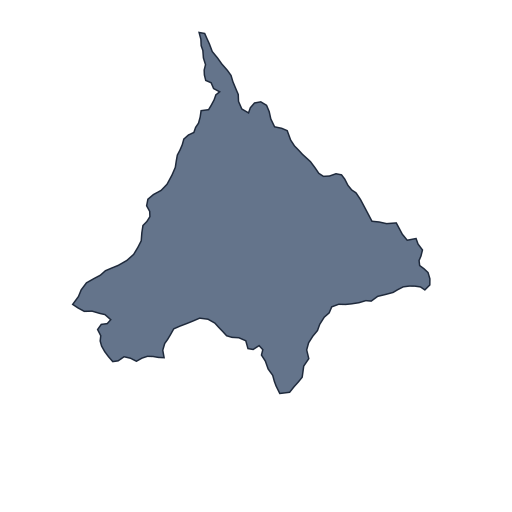 the district of Central de Minas, Minas Gerais, Brazil, rotated 301°
{"feature_id": "56859067B63784148066349", "entity_name": "Central de Minas", "entity_type": "district", "adm_level": 2, "iso_a3": "BRA", "parent_name": "Brazil", "parent_adm1": "Minas Gerais", "projection": "mercator", "projection_center": [-41.293, -18.775], "detail": "fine", "context": "isolated", "style": "filled", "palette": "slate", "viewbox_px": 512, "rotation_deg": 301, "n_neighbors": 0, "source": "geoboundaries", "source_scale": "gbopen_adm2", "svg_char_len": 2455}
<svg xmlns="http://www.w3.org/2000/svg" viewBox="0 0 512 512"><g transform="rotate(301 256 256)"><path d="M367.6,292.5L369.6,287.5L367.7,282.2L362.4,277.8L359.0,272.8L359.2,267.2L361.9,261.4L364.9,254.1L367.1,243.3L368.7,237.9L370.1,232.4L373.2,226.0L379.5,218.2L378.7,212.3L376.3,205.4L381.1,198.1L386.6,192.9L390.6,187.4L390.6,180.7L386.4,175.9L380.2,174.8L374.8,175.9L374.7,168.1L379.5,161.4L385.3,157.6L389.0,152.5L393.5,146.4L397.9,141.6L400.4,135.8L403.0,127.7L405.9,121.1L408.7,113.2L413.7,106.9L417.2,101.8L420.3,97.4L418.3,92.1L413.3,97.2L408.0,100.7L404.8,104.6L398.7,108.9L394.0,114.2L388.7,115.8L384.6,118.5L380.6,122.5L381.4,128.3L377.7,133.4L378.0,140.3L373.5,138.6L368.2,139.7L362.1,140.0L357.0,140.0L352.3,134.1L346.3,136.6L340.3,138.3L335.2,138.0L329.9,139.1L325.0,135.8L319.1,133.9L313.4,135.5L307.5,136.3L302.0,136.6L296.7,138.6L290.4,141.2L282.2,142.3L271.7,142.8L263.4,140.9L255.8,136.4L249.0,134.1L242.7,136.4L239.5,141.9L235.1,144.8L229.4,144.7L223.9,143.4L217.1,146.2L209.9,149.8L202.6,150.3L194.4,150.3L185.7,147.6L177.1,142.8L171.2,138.4L165.8,134.5L159.4,132.5L153.3,128.8L145.7,124.5L137.0,123.6L129.8,124.7L120.1,123.8L119.8,130.2L120.1,137.3L124.3,143.9L126.4,151.9L128.0,156.7L126.6,164.3L121.4,163.3L117.7,158.6L111.4,158.1L107.7,164.0L102.9,166.2L99.3,170.0L96.1,175.6L93.7,181.5L91.7,187.6L95.1,191.8L101.7,194.8L103.7,201.0L104.2,207.7L109.8,210.9L114.1,214.6L116.9,219.6L118.8,224.6L121.5,229.6L127.2,224.6L134.0,222.8L138.8,223.2L144.3,223.2L151.2,223.0L156.7,226.9L162.8,231.7L168.0,235.6L173.7,239.7L177.1,247.4L177.3,255.3L175.7,260.6L174.2,266.2L172.5,271.9L173.9,277.3L177.1,283.4L178.1,290.9L172.5,296.8L174.4,301.7L180.8,304.8L179.2,310.1L173.9,311.7L170.7,318.2L165.4,324.6L162.3,331.8L158.0,336.3L154.9,340.2L150.4,347.2L156.5,355.0L163.9,356.0L170.0,357.2L175.9,358.0L180.4,356.1L186.2,353.6L195.2,354.1L201.6,347.8L208.7,345.8L216.6,346.0L223.7,347.1L230.3,345.8L238.7,346.0L244.9,348.0L251.4,347.1L257.2,351.7L260.6,357.7L264.1,362.4L269.0,368.3L274.3,373.1L276.7,378.0L284.1,381.1L289.8,386.9L295.4,392.3L300.1,394.8L305.4,398.1L309.2,402.9L312.0,407.7L314.2,412.9L313.9,418.2L320.7,419.9L326.0,416.8L330.4,412.0L331.6,406.5L332.1,401.2L336.1,398.1L341.0,397.4L346.9,395.6L349.7,388.7L353.4,384.2L347.4,377.5L350.0,370.2L356.6,359.2L351.0,351.3L348.6,344.1L345.5,337.5L352.3,326.3L358.2,316.5L361.6,309.3L361.9,304.0L363.9,298.4L367.6,292.5Z" fill="#64748b" stroke="#1e293b" stroke-width="1.5"/></g></svg>